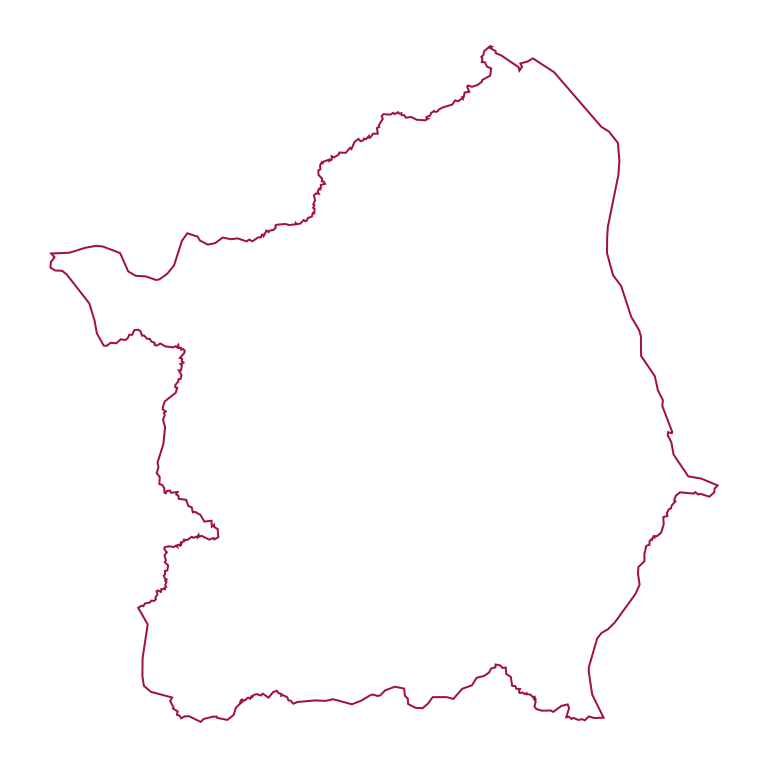 outline of Chanuman, Amnat Charoen, Thailand
{"feature_id": "78962969B71336956115942", "entity_name": "Chanuman", "entity_type": "district", "adm_level": 2, "iso_a3": "THA", "parent_name": "Thailand", "parent_adm1": "Amnat Charoen", "projection": "mercator", "projection_center": [104.897, 16.141], "detail": "fine", "context": "isolated", "style": "outline", "palette": "rose", "viewbox_px": 768, "rotation_deg": 0, "n_neighbors": 0, "source": "geoboundaries", "source_scale": "gbopen_adm2", "svg_char_len": 6079}
<svg xmlns="http://www.w3.org/2000/svg" viewBox="0 0 768 768"><path d="M532.9,58.4L527.6,61.5L520.4,63.4L522.0,66.8L519.4,70.6L518.6,67.2L501.7,55.7L495.8,53.1L495.6,51.1L490.2,48.0L491.9,46.8L490.1,46.1L484.1,51.3L483.3,55.1L481.3,57.0L482.5,58.4L481.8,62.2L484.8,62.2L487.1,66.7L491.2,68.5L490.2,75.6L482.2,80.0L481.8,81.8L477.7,84.9L472.0,86.8L468.1,85.5L467.2,86.6L469.2,91.8L464.6,92.5L463.7,97.1L462.4,97.0L462.8,98.9L461.9,98.3L458.5,101.2L455.0,100.4L452.4,104.5L442.9,107.4L438.4,109.8L438.0,111.2L435.5,112.0L434.2,110.9L431.0,113.1L430.2,115.5L426.5,117.0L426.6,118.6L427.8,118.8L425.2,120.3L416.8,119.8L411.2,117.0L405.8,117.7L404.2,115.2L401.6,115.1L401.4,113.2L399.2,113.7L398.1,112.2L394.7,114.1L393.1,112.8L390.5,114.6L383.4,114.2L381.6,116.2L382.8,118.8L378.8,125.4L379.3,127.0L377.0,128.0L377.7,133.7L373.1,133.7L370.2,137.7L368.8,137.6L368.7,136.2L366.0,139.2L364.1,138.5L363.4,140.3L360.5,141.2L358.4,138.9L354.5,142.0L351.4,149.1L350.0,147.8L345.7,152.9L339.3,152.5L338.7,154.5L334.1,157.4L331.6,156.2L331.8,159.5L330.5,160.4L329.4,159.5L328.6,161.0L327.8,160.1L323.5,161.6L322.7,163.2L321.8,162.2L320.1,165.1L320.4,169.2L318.3,170.5L318.5,174.9L322.2,178.7L321.8,181.4L323.6,181.5L325.1,183.8L320.8,185.0L320.9,188.1L319.4,188.5L319.9,189.6L318.5,189.7L317.7,192.0L318.8,193.8L315.9,193.5L313.9,195.3L315.1,200.4L313.3,204.3L314.4,205.3L313.1,207.8L314.5,208.7L314.3,213.3L312.8,213.0L312.0,216.5L307.8,218.0L306.9,220.5L305.3,221.3L303.8,220.0L300.3,223.6L297.0,224.2L295.8,223.0L295.7,224.3L289.2,225.0L285.0,224.0L277.0,224.7L275.5,225.3L275.7,227.7L273.4,230.0L269.2,230.7L268.6,232.1L266.4,230.6L263.7,236.0L263.2,234.6L261.7,234.8L261.0,237.3L258.3,237.3L252.4,241.3L249.2,239.6L246.6,241.4L237.8,238.4L231.0,239.2L222.6,237.6L215.2,243.1L207.8,244.6L199.9,240.5L197.7,236.7L187.3,233.3L181.9,240.9L174.0,265.5L167.2,273.8L159.5,279.3L156.1,280.0L145.8,276.4L135.7,275.8L128.2,271.4L120.1,253.1L102.8,246.5L96.2,245.8L85.1,247.8L69.6,252.7L51.2,253.5L54.5,257.2L50.9,262.0L50.4,267.6L55.3,270.5L62.1,270.8L66.6,274.3L89.3,303.4L94.5,320.4L96.9,333.4L103.7,345.6L106.6,345.8L110.7,342.8L116.3,343.2L120.8,339.3L125.4,340.0L127.8,338.1L129.2,334.8L132.2,334.8L134.2,330.2L138.2,329.7L140.5,331.2L142.0,335.7L143.9,335.4L147.2,338.8L149.7,338.8L151.4,341.6L154.6,342.8L154.7,345.1L156.9,345.5L160.3,343.5L165.3,346.4L173.1,347.4L175.7,346.2L176.9,347.2L178.3,345.1L178.6,348.1L181.0,347.8L181.2,349.7L183.4,349.1L184.7,350.7L184.3,353.0L179.9,357.9L182.1,358.9L181.8,361.1L183.5,362.7L180.4,364.1L181.9,365.4L181.0,370.4L178.7,370.4L181.6,375.2L180.5,378.9L178.5,379.2L178.3,381.5L175.4,384.9L175.2,387.2L177.2,387.8L175.7,392.8L164.8,401.3L162.8,407.2L162.7,409.3L165.8,411.5L163.9,412.9L164.8,415.2L163.0,419.7L165.1,427.3L163.3,444.3L157.5,462.6L158.5,467.1L156.7,473.1L159.7,476.9L159.4,484.1L162.3,485.0L164.4,488.4L164.4,492.6L165.7,493.3L167.1,490.9L169.9,490.5L171.1,492.8L177.5,492.0L176.2,494.4L178.4,495.8L178.8,498.9L186.1,499.8L188.4,506.0L191.7,507.3L192.8,512.3L195.1,511.9L200.3,514.8L204.4,521.6L211.5,520.7L211.8,526.6L214.0,524.8L214.1,526.9L217.6,529.0L218.3,537.1L214.3,539.4L213.6,538.0L209.2,539.6L201.5,535.8L199.2,536.8L198.6,534.9L197.4,537.3L197.1,536.4L193.4,537.8L191.7,536.8L187.5,539.9L183.9,539.7L184.3,541.1L181.9,542.1L181.4,544.0L180.7,543.1L180.3,545.6L178.5,544.8L176.7,545.4L177.2,546.7L175.6,545.7L174.0,547.0L168.4,546.3L164.6,547.3L164.3,549.1L166.8,552.3L164.5,555.3L165.9,560.4L164.8,562.2L168.2,565.5L167.3,570.5L164.9,570.9L165.1,574.3L163.8,575.7L165.0,578.8L166.6,579.4L165.2,580.9L166.5,582.0L165.2,585.0L166.1,587.1L164.4,588.0L164.9,589.2L161.3,589.1L160.9,591.9L157.8,590.4L156.5,591.2L157.5,594.3L155.3,597.9L155.9,599.4L154.1,600.9L151.5,600.6L149.7,602.6L144.9,603.5L143.3,606.2L141.6,605.7L138.2,607.8L147.7,624.4L142.6,658.0L142.4,675.9L143.8,685.7L150.8,691.8L172.1,697.5L170.2,701.1L173.5,707.3L173.0,708.6L177.7,711.4L176.9,714.8L179.5,715.6L181.2,718.3L184.6,716.4L189.0,716.2L200.7,721.9L203.7,719.0L212.6,716.7L216.7,716.6L217.1,717.9L227.4,719.9L233.6,715.0L236.0,707.5L241.2,702.7L240.1,702.1L241.3,699.9L242.6,701.2L242.9,699.8L244.8,700.5L248.1,697.6L250.3,698.7L251.3,696.3L252.4,696.9L253.4,695.1L256.8,694.1L260.9,695.5L262.7,693.7L268.5,697.6L273.2,692.1L276.7,690.7L278.4,693.0L281.5,694.0L281.2,695.7L283.4,695.3L287.3,697.3L288.4,700.3L290.6,700.7L293.4,703.7L297.5,702.0L315.4,700.4L325.4,700.9L333.1,699.2L351.9,704.3L361.8,700.4L369.5,695.6L372.8,694.5L377.8,696.0L380.3,695.3L385.1,690.4L394.8,686.7L404.2,688.6L404.8,695.6L407.8,698.7L408.1,704.0L415.5,707.8L422.6,708.2L428.0,703.6L432.7,697.1L446.7,697.1L453.4,698.9L462.2,688.8L471.9,685.3L476.6,677.8L484.1,675.9L488.9,672.7L491.2,668.4L495.4,667.4L495.6,664.5L500.4,665.5L502.3,667.9L505.7,667.6L506.3,674.0L510.8,676.9L512.2,685.9L515.2,686.0L516.4,688.8L520.0,689.0L518.9,691.4L519.7,693.1L522.5,692.5L524.9,694.1L526.6,693.1L526.9,694.3L530.5,694.6L533.1,697.3L534.6,696.7L535.5,699.0L534.2,699.3L535.8,701.5L534.4,706.4L536.4,709.1L541.9,710.7L550.9,710.5L553.2,711.9L561.4,705.9L567.7,704.4L569.1,708.0L566.3,717.3L568.9,716.7L571.4,718.9L573.4,717.9L578.3,719.9L582.3,719.2L584.8,720.3L588.9,716.4L594.0,718.0L603.6,717.7L592.2,694.6L588.7,671.4L588.8,667.3L597.2,638.4L601.5,633.0L608.0,629.2L614.7,622.6L635.6,593.7L639.6,584.7L638.0,573.7L638.4,567.0L644.5,561.2L644.4,554.1L646.3,545.8L649.5,544.8L649.5,541.2L651.3,539.2L652.1,539.8L653.0,537.3L654.5,537.5L654.0,536.1L657.1,536.1L661.1,532.8L663.7,524.5L663.3,517.1L667.4,515.9L666.9,513.0L668.8,509.3L670.9,508.4L671.8,505.3L675.4,501.4L674.2,500.5L675.8,495.7L680.0,492.3L693.8,493.6L695.2,492.1L698.2,494.5L700.4,493.8L709.4,496.7L714.3,492.2L714.6,488.7L717.6,485.4L700.9,478.5L688.3,476.4L673.6,454.6L671.3,442.2L667.7,435.4L668.1,432.2L671.8,433.1L672.2,431.9L662.3,406.0L662.9,400.2L657.9,390.3L654.8,376.1L641.1,355.9L640.9,336.1L639.0,330.0L631.2,316.8L621.2,286.1L613.0,275.1L607.0,253.1L607.2,237.0L607.8,227.0L618.4,174.8L619.4,160.7L617.9,143.0L609.1,131.7L601.3,126.8L554.0,72.1L532.9,58.4Z" fill="none" stroke="#9f1239" stroke-width="2"/></svg>